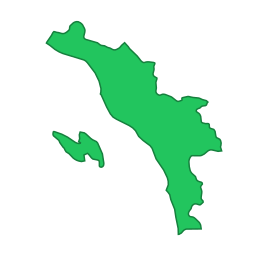 map outline of Niigata (orthographic projection), rotated 281°
{"feature_id": "JPN-1867", "entity_name": "Niigata", "entity_type": "Prefecture", "adm_level": 1, "iso_a3": "JPN", "parent_name": "Japan", "parent_adm1": "", "projection": "orthographic", "projection_center": [138.832, 37.638], "detail": "fine", "context": "isolated", "style": "filled", "palette": "green", "viewbox_px": 256, "rotation_deg": 281, "n_neighbors": 0, "source": "natural_earth", "source_scale": "10m", "svg_char_len": 3744}
<svg xmlns="http://www.w3.org/2000/svg" viewBox="0 0 256 256"><g transform="rotate(281 128 128)"><path d="M33.2,197.7L39.0,196.4L49.6,192.0L57.2,189.3L65.9,183.7L70.5,181.7L72.5,179.6L74.2,177.4L79.9,178.4L83.5,177.6L86.7,176.1L93.5,171.1L103.0,161.5L112.6,155.6L114.9,153.0L116.5,149.6L118.7,145.1L121.8,140.1L126.8,135.9L129.1,132.5L130.7,128.5L134.4,115.1L135.9,111.2L138.5,108.0L144.6,103.0L155.4,95.4L156.1,94.4L158.0,94.5L161.4,94.0L168.4,90.7L170.3,89.3L175.8,85.2L184.4,75.6L185.8,73.5L186.4,71.6L188.7,49.8L189.6,45.8L191.2,41.3L194.2,35.6L195.8,31.7L196.9,32.0L204.5,35.3L206.7,35.9L207.8,36.4L208.5,36.9L208.5,37.8L208.4,38.7L208.3,39.8L208.4,41.5L208.1,45.3L208.5,47.1L209.3,48.3L210.3,49.4L211.4,50.3L212.6,51.2L213.7,51.7L216.1,51.5L217.3,51.7L220.7,54.2L221.5,55.1L222.0,55.9L222.6,57.3L222.8,58.9L222.2,61.1L221.5,62.5L220.6,63.7L217.6,66.1L216.5,66.8L215.2,67.2L213.3,67.3L210.0,67.1L208.8,67.2L207.6,68.0L206.9,69.5L205.8,81.8L204.2,85.0L204.0,86.3L204.2,89.3L203.5,91.6L203.2,92.7L203.0,95.2L202.2,97.7L202.0,99.0L202.2,100.5L203.2,102.2L205.1,104.4L208.0,106.0L211.1,108.4L207.9,112.7L206.2,114.4L200.4,123.3L196.5,127.8L195.6,129.3L195.2,130.5L195.4,131.5L195.7,132.2L196.2,133.1L196.6,134.3L196.9,135.8L197.2,140.6L197.0,141.8L196.2,142.1L193.8,141.6L192.8,141.7L190.9,142.3L189.8,142.4L185.8,142.2L184.4,143.0L183.7,143.8L182.6,146.8L181.7,147.0L179.1,146.7L177.9,146.7L172.7,148.2L169.5,148.3L168.0,148.9L166.9,150.2L166.4,151.4L166.2,152.4L166.4,153.4L167.1,154.4L167.7,155.4L168.0,156.7L168.0,158.1L166.9,164.3L166.4,165.6L164.0,170.2L163.6,171.8L164.0,173.1L165.1,174.9L165.6,175.6L166.3,175.6L167.0,175.3L167.8,175.3L168.3,176.0L170.0,179.9L170.4,180.9L170.5,182.0L170.4,183.4L170.4,186.1L170.9,191.5L170.8,192.7L170.1,195.6L169.8,199.7L168.7,201.5L167.6,200.9L166.7,200.8L165.6,200.6L164.8,199.9L163.8,197.0L163.4,196.3L162.7,195.7L162.1,195.3L161.5,194.9L161.1,194.3L160.4,193.1L160.1,192.7L159.4,192.0L158.3,191.6L157.3,191.9L156.7,192.9L155.9,194.8L155.3,195.6L155.1,195.9L153.4,197.1L148.3,198.7L147.6,199.2L147.2,200.3L147.1,203.5L147.5,204.9L147.6,206.2L147.1,207.0L144.2,207.8L143.5,208.6L143.3,209.6L143.0,212.4L142.4,213.1L141.3,214.1L136.7,215.8L135.5,216.6L134.8,219.2L134.3,220.4L133.1,221.4L131.0,222.3L128.8,222.5L127.0,222.4L123.4,224.3L122.3,220.9L122.5,214.6L122.3,213.2L121.5,211.7L120.7,210.8L117.0,207.8L115.1,205.4L114.5,203.9L113.2,196.9L112.9,195.7L112.7,195.5L111.2,194.7L109.8,194.3L108.2,194.1L106.6,194.2L101.8,195.5L98.2,197.1L96.8,198.1L95.7,199.3L93.2,203.5L91.0,204.7L90.0,205.4L89.3,206.7L89.0,207.9L88.7,210.6L88.1,211.4L87.1,211.7L85.6,210.9L84.6,210.6L84.0,210.5L83.4,210.7L80.9,212.1L79.6,212.6L78.1,212.8L74.2,213.0L72.9,213.2L71.9,213.9L70.6,215.6L69.4,215.9L66.7,213.9L66.3,213.3L66.2,212.6L66.5,209.9L66.4,208.8L66.2,207.9L65.6,207.1L64.9,206.4L63.5,205.6L62.3,205.4L60.9,205.3L59.8,204.8L58.4,204.1L57.2,203.7L56.0,203.6L55.2,203.7L54.6,203.9L53.9,204.3L53.3,205.0L52.9,205.8L52.9,206.7L53.0,208.7L52.6,210.0L51.9,211.4L48.8,216.1L47.6,217.1L46.6,217.8L42.9,219.1L39.9,204.5L39.0,203.0L38.0,202.1L35.1,200.4L33.4,198.4L33.2,197.7ZM105.2,82.2L108.2,82.6L112.0,81.5L114.9,81.8L114.9,86.0L114.1,87.9L110.6,93.5L109.7,95.5L108.6,99.6L107.4,101.1L97.7,107.8L88.8,111.0L87.0,111.2L86.1,111.0L85.3,110.5L84.6,109.7L84.4,108.7L84.7,107.5L85.4,107.1L89.4,106.3L90.4,105.7L90.8,104.3L90.8,99.5L91.7,97.8L94.4,94.7L95.4,93.1L93.1,89.9L87.5,91.8L86.2,88.7L86.2,86.2L86.5,84.0L87.1,82.0L88.0,80.0L91.5,75.1L92.8,71.8L94.4,70.3L96.0,69.2L96.7,68.0L100.5,64.0L102.7,62.5L106.1,56.4L106.9,55.8L107.8,55.5L109.9,55.4L110.4,55.9L110.3,57.1L109.3,64.1L107.5,70.4L103.9,78.8L103.4,80.8L103.4,82.9L103.9,84.1L104.5,84.1L105.2,82.2Z" fill="#22c55e" stroke="#15803d" stroke-width="1.5"/></g></svg>